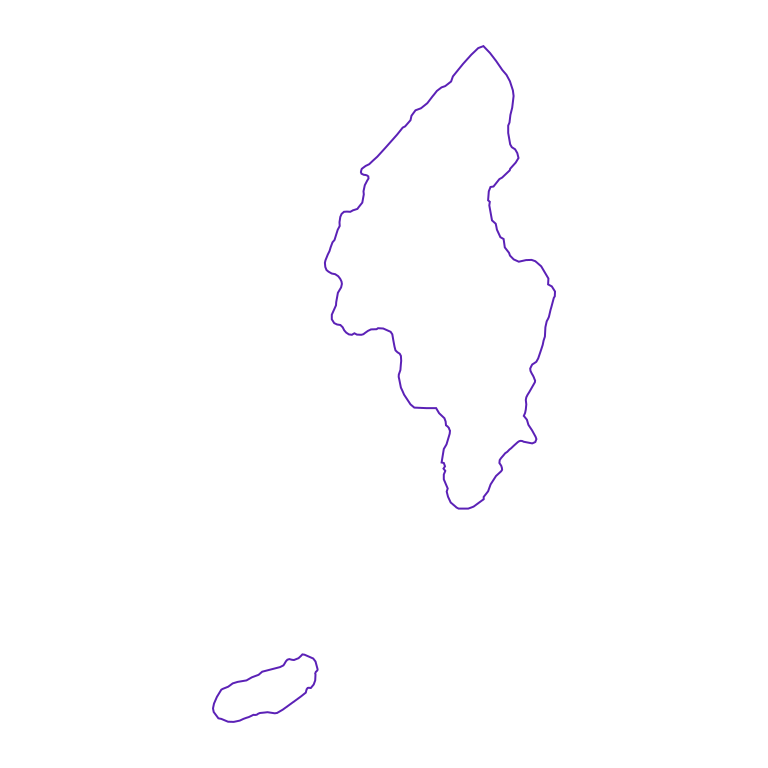 Tinian, Tinian, Northern Mariana Islands (Albers equal-area conic projection)
{"feature_id": "39175420B24162802066299", "entity_name": "Tinian", "entity_type": "district", "adm_level": 2, "iso_a3": "MNP", "parent_name": "Northern Mariana Islands", "parent_adm1": "Tinian", "projection": "albers", "projection_center": [145.616, 14.971], "detail": "fine", "context": "isolated", "style": "outline", "palette": "violet", "viewbox_px": 768, "rotation_deg": 0, "n_neighbors": 0, "source": "geoboundaries", "source_scale": "gbopen_adm2", "svg_char_len": 4306}
<svg xmlns="http://www.w3.org/2000/svg" viewBox="0 0 768 768"><path d="M324.9,262.8L325.3,267.0L326.5,270.0L328.4,271.6L329.6,272.3L331.7,273.5L335.2,274.2L338.2,276.2L340.2,278.8L341.5,281.5L341.9,283.9L341.1,287.4L337.9,292.8L336.2,302.2L336.0,305.3L331.8,314.7L331.8,319.3L334.2,323.1L337.1,324.5L340.4,325.0L342.7,327.3L344.2,330.3L346.2,332.6L348.9,334.4L351.9,334.8L352.7,334.3L354.4,333.3L356.9,334.6L361.3,334.8L363.4,334.2L364.8,333.1L367.9,330.9L371.0,329.4L376.6,329.2L378.0,328.2L383.2,328.5L390.6,331.8L392.3,334.3L393.0,338.4L393.3,340.2L394.5,346.6L395.5,350.4L397.5,352.3L399.7,353.7L400.9,355.9L401.2,360.8L400.9,363.8L400.4,370.0L399.4,372.9L398.8,374.6L398.7,376.9L399.2,379.1L400.9,387.6L402.4,390.8L404.1,394.7L410.5,404.4L414.3,407.6L425.7,408.1L426.2,408.1L436.1,408.1L439.1,413.2L444.4,418.2L445.6,421.5L446.0,425.3L447.6,426.5L448.9,428.0L449.4,429.6L450.0,430.7L449.7,433.7L446.5,444.4L443.8,449.0L441.6,462.5L443.8,463.0L445.0,466.3L443.5,468.6L445.3,470.9L443.8,474.5L443.8,479.3L447.7,488.5L446.7,491.6L448.0,496.7L450.7,502.5L456.0,507.0L456.3,507.4L458.6,508.6L468.2,508.6L471.3,507.5L473.6,506.6L483.7,499.2L483.7,496.9L488.1,491.3L490.6,484.4L496.0,476.0L501.2,471.2L502.1,469.8L501.9,467.9L501.2,465.7L499.4,463.0L499.7,460.1L500.3,459.2L500.9,458.3L504.4,454.2L505.1,453.3L507.3,451.8L509.5,449.5L511.2,448.2L511.7,447.7L513.8,445.7L517.7,442.2L518.7,441.5L519.5,441.1L520.4,440.9L521.2,440.9L522.5,441.1L523.5,441.7L532.2,443.4L534.3,442.5L535.3,442.0L536.4,439.1L535.6,436.8L532.2,430.6L531.9,430.1L528.4,424.8L526.9,419.7L524.0,416.1L523.8,415.9L523.9,415.7L525.1,412.9L525.8,409.5L526.3,404.4L525.8,399.9L526.3,397.3L527.6,394.7L529.2,392.2L531.6,388.0L534.9,382.2L535.1,380.5L534.5,379.2L533.9,377.5L533.0,375.6L531.8,373.6L531.7,373.4L530.5,370.9L530.2,368.6L531.2,366.4L532.2,364.5L534.1,363.3L536.3,361.8L538.2,358.4L539.9,353.4L541.5,348.6L542.7,344.9L543.6,340.5L544.9,336.6L545.4,327.2L546.7,321.3L548.0,318.9L548.9,316.9L549.6,313.9L550.6,309.6L551.3,307.3L553.8,297.9L554.8,296.3L555.0,291.5L551.8,286.4L548.1,284.4L548.4,278.5L541.2,266.3L535.3,261.2L531.6,259.9L526.0,260.1L518.8,261.7L513.7,259.4L510.0,255.6L509.0,252.8L504.8,247.4L503.6,239.0L500.4,237.2L496.9,229.6L496.3,226.4L495.7,223.7L492.0,220.4L489.3,205.4L489.8,201.8L488.1,200.3L488.8,191.3L490.5,187.0L493.5,186.5L499.4,179.1L502.1,177.6L509.7,170.4L510.2,168.7L515.7,162.6L518.5,158.0L517.3,153.1L515.1,149.3L511.8,147.2L510.2,144.4L508.2,133.0L508.2,125.6L509.5,122.5L510.4,114.9L512.2,107.7L513.6,96.0L512.9,90.4L509.9,81.2L506.5,74.9L502.3,70.0L496.2,61.1L490.0,53.0L483.4,46.1L478.2,48.1L474.9,51.3L471.3,54.7L463.2,63.7L458.8,69.1L452.9,76.4L451.1,81.5L445.2,86.1L444.4,86.4L442.3,87.1L441.5,87.4L436.9,90.9L434.0,94.6L432.5,96.4L427.3,103.2L420.9,108.3L415.5,110.3L411.5,115.7L410.5,120.2L405.1,126.4L402.7,127.6L397.2,134.5L385.4,147.8L377.3,156.7L373.1,160.5L369.2,164.2L365.7,165.9L363.1,167.8L361.8,168.8L361.3,170.2L360.9,172.1L361.5,173.7L363.8,174.8L365.7,175.0L366.5,175.3L367.1,175.5L368.3,176.4L368.5,178.5L367.2,180.6L364.8,185.2L363.5,191.3L363.8,194.4L362.3,202.6L358.4,207.5L357.7,208.5L357.4,208.9L353.4,210.2L353.2,210.2L350.3,211.8L346.9,211.6L344.0,211.8L341.6,213.9L340.3,216.9L339.5,222.2L339.7,226.0L337.7,229.8L334.5,240.0L332.5,242.3L330.5,247.7L330.5,247.8L329.5,251.1L327.8,254.5L326.4,258.0L325.5,260.2L324.9,262.8ZM213.0,708.4L213.7,712.0L218.4,718.3L221.3,718.9L228.0,721.7L233.7,721.9L235.1,721.6L239.8,720.6L243.4,718.9L246.4,717.8L248.7,717.1L251.5,715.8L252.6,715.2L253.6,714.8L255.0,715.0L256.8,714.7L258.2,713.7L259.9,713.0L264.0,712.6L267.5,712.2L274.8,713.3L276.7,713.0L277.0,713.0L282.7,709.7L300.9,696.5L305.8,692.6L306.2,690.9L306.7,689.2L307.4,688.4L307.6,688.0L308.3,687.8L309.3,687.8L310.3,688.0L310.8,688.0L313.7,684.5L315.2,680.4L315.5,674.5L315.2,673.5L315.6,672.5L315.8,671.9L316.7,671.1L317.4,670.3L317.6,669.3L315.5,661.5L313.2,658.5L304.5,654.7L302.4,654.4L300.9,656.0L298.5,658.2L294.0,660.0L292.1,659.8L289.3,659.1L287.4,659.7L286.0,661.2L284.1,664.4L283.4,665.4L283.0,665.6L282.6,665.8L280.0,667.1L274.6,668.5L262.2,671.7L258.6,674.8L251.9,677.3L246.5,680.4L237.6,681.9L232.7,683.4L230.0,685.4L228.2,686.7L224.2,688.3L222.7,688.9L221.3,689.7L216.9,696.9L214.0,703.6L213.0,708.4Z" fill="none" stroke="#5b21b6" stroke-width="2"/></svg>